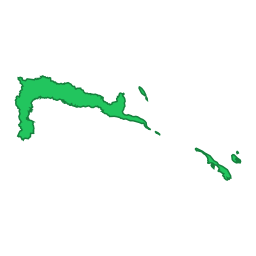 Halmahera Tengah, Maluku Utara, Indonesia (Mercator projection)
{"feature_id": "22746128B46636453933041", "entity_name": "Halmahera Tengah", "entity_type": "district", "adm_level": 2, "iso_a3": "IDN", "parent_name": "Indonesia", "parent_adm1": "Maluku Utara", "projection": "mercator", "projection_center": [128.383, 0.221], "detail": "fine", "context": "isolated", "style": "filled", "palette": "green", "viewbox_px": 256, "rotation_deg": 0, "n_neighbors": 0, "source": "geoboundaries", "source_scale": "gbopen_adm2", "svg_char_len": 5710}
<svg xmlns="http://www.w3.org/2000/svg" viewBox="0 0 256 256"><path d="M33.6,133.3L33.3,132.2L33.6,132.1L33.6,130.5L33.3,130.3L33.9,128.7L33.3,125.3L32.8,124.8L32.6,125.0L33.1,123.4L32.8,121.9L33.5,121.8L31.1,120.5L29.6,120.3L28.7,119.3L28.5,118.4L28.1,118.4L28.1,119.2L28.5,119.4L28.1,119.9L27.8,119.1L26.6,119.1L26.6,118.5L27.2,119.0L27.7,118.9L27.6,118.6L28.0,118.7L27.4,118.3L27.7,117.9L27.3,117.5L28.0,117.0L27.8,116.5L28.9,114.3L28.6,112.2L29.1,112.8L29.1,111.7L30.2,111.7L29.8,111.5L29.4,111.0L29.4,110.8L29.7,110.5L29.6,111.0L30.0,111.3L30.3,111.2L29.9,110.9L29.9,110.7L30.4,111.0L30.1,110.4L30.6,110.9L31.4,110.6L31.3,111.2L31.8,110.9L31.3,110.2L31.7,110.1L31.6,109.7L30.7,109.4L30.8,109.0L31.3,109.0L30.6,108.8L30.5,108.5L31.2,108.7L30.7,108.2L31.5,108.4L31.8,107.3L32.2,107.3L32.1,106.6L32.5,106.6L31.8,105.4L32.0,104.8L31.1,103.4L31.4,102.4L33.0,100.1L34.2,99.6L34.5,98.9L35.2,99.1L35.7,98.5L37.7,98.6L39.2,96.9L39.6,97.1L40.2,96.7L40.3,98.2L41.3,97.2L41.9,97.7L43.8,97.7L44.6,98.1L45.6,97.6L46.2,98.0L47.7,97.3L50.6,98.4L52.4,97.4L53.6,99.4L55.0,99.3L56.2,100.1L57.4,100.2L59.7,99.1L61.6,99.9L61.8,100.5L62.3,99.9L63.0,99.9L63.7,100.2L63.5,100.9L63.9,101.1L63.5,101.2L63.9,101.8L64.9,101.9L64.4,102.3L64.7,102.7L64.2,102.8L64.3,103.2L66.7,102.9L67.6,104.0L68.9,104.1L69.5,105.1L70.6,105.3L71.1,105.0L71.1,104.0L71.6,103.7L71.9,105.2L72.7,105.7L74.4,106.2L74.9,105.6L74.9,106.3L76.1,106.7L76.5,106.5L76.3,106.9L76.9,107.1L78.5,106.6L80.6,107.1L83.4,106.1L85.4,106.8L88.2,105.9L89.3,106.0L91.3,107.4L93.3,107.5L95.6,106.3L97.3,106.6L97.6,106.2L97.9,106.4L97.6,106.6L98.8,107.6L100.0,107.3L100.8,107.8L101.0,109.2L101.8,109.5L102.2,110.4L102.7,110.4L102.4,110.7L102.7,110.9L102.4,111.1L102.7,111.1L102.7,112.1L103.4,112.2L104.5,113.4L106.7,113.8L107.9,115.1L108.9,115.4L109.6,116.5L114.3,116.3L116.8,116.7L119.9,117.5L120.7,118.3L122.1,118.4L123.5,119.2L126.0,118.9L130.1,120.7L133.0,120.7L139.2,122.4L141.8,123.5L143.5,123.2L144.5,124.4L144.3,125.0L144.7,125.9L146.2,127.7L147.6,128.2L148.7,129.2L150.7,129.6L147.4,127.2L146.5,125.7L146.1,122.7L144.7,121.0L142.7,119.5L140.6,118.7L137.7,116.9L135.9,116.4L133.9,116.7L132.1,116.4L131.4,115.8L128.1,114.7L127.2,115.3L124.7,114.8L123.0,113.4L122.4,111.3L123.6,109.5L124.0,107.5L124.9,106.2L124.3,102.9L125.1,101.4L124.7,98.8L124.0,97.3L122.7,95.9L122.7,95.2L123.7,94.6L124.0,94.0L123.6,93.4L122.6,94.0L120.6,93.1L119.8,93.3L119.2,94.3L119.1,95.6L118.5,96.4L117.6,96.5L117.9,97.3L116.7,98.5L116.8,99.9L117.3,100.8L117.0,101.5L112.3,102.6L111.8,104.1L110.0,104.8L109.6,104.0L107.9,104.1L107.3,102.9L106.5,102.9L105.4,101.9L103.7,101.6L103.6,100.7L102.9,100.1L103.1,97.5L102.2,97.0L101.3,98.0L101.3,96.6L100.6,95.9L98.7,95.3L97.8,95.8L97.3,94.9L95.2,94.2L93.9,94.5L91.5,94.1L91.0,94.5L90.6,93.7L88.6,93.9L87.1,93.2L85.7,93.5L83.7,92.0L83.2,90.3L82.1,90.0L80.9,89.1L80.7,88.2L77.0,88.3L76.2,89.0L75.5,88.9L74.5,86.4L72.9,86.4L71.8,85.5L71.2,84.4L68.1,82.7L65.1,83.5L64.7,83.2L64.3,84.0L63.5,83.7L63.0,84.1L62.2,84.0L61.1,83.4L59.1,84.1L57.3,83.5L56.9,83.9L55.5,82.2L54.9,82.0L54.3,82.5L53.0,81.1L50.8,80.9L50.5,78.0L49.7,77.7L48.3,78.3L47.6,77.5L47.1,77.8L45.9,77.6L45.1,76.8L44.1,76.9L43.1,76.1L42.4,76.0L42.4,76.5L41.6,76.8L40.9,76.7L41.3,77.4L40.3,78.3L39.5,78.2L38.7,78.9L38.3,78.5L37.7,78.9L37.3,78.6L37.2,79.2L36.8,79.4L35.3,78.6L34.4,79.8L27.1,78.9L25.5,80.7L22.6,80.1L22.1,79.2L22.3,78.2L21.1,77.6L20.1,77.3L19.4,77.9L18.2,77.7L18.3,79.3L20.3,81.1L20.3,83.1L21.6,83.8L22.9,86.1L21.8,86.7L21.6,87.5L22.2,89.7L21.0,90.3L19.9,91.6L20.6,92.6L19.5,93.8L19.8,95.9L19.1,97.0L18.3,96.3L17.3,96.1L16.7,96.5L16.2,97.6L16.7,98.6L15.4,100.2L16.0,101.4L15.8,103.1L16.1,105.1L17.9,107.0L17.9,108.1L18.9,108.4L19.9,109.8L19.3,110.5L19.2,111.2L20.0,113.8L18.9,116.5L19.5,119.0L21.4,121.9L20.5,122.2L20.0,123.8L18.8,124.7L19.3,126.1L20.8,126.9L20.6,128.0L21.9,129.4L21.7,130.4L20.2,131.0L19.7,131.7L17.7,136.1L18.9,136.8L19.2,136.4L20.1,136.5L20.9,137.1L22.0,139.4L22.3,139.3L23.2,140.0L23.3,139.0L23.8,139.1L25.0,138.2L28.3,138.7L29.5,137.2L30.4,136.8L30.6,133.4L33.6,133.3ZM202.5,151.3L196.4,148.3L195.6,148.6L195.5,149.3L196.6,150.8L197.6,150.7L201.6,151.7L203.7,153.7L205.5,154.8L207.8,158.0L207.7,158.7L208.1,159.4L207.8,160.6L208.5,161.6L207.8,162.3L207.9,163.1L209.0,163.3L210.2,162.8L211.7,162.9L213.1,163.4L214.5,164.8L217.1,165.3L217.3,166.1L218.7,167.5L219.4,169.2L218.8,169.6L218.2,171.0L219.0,171.5L219.5,171.1L220.1,171.3L220.4,171.9L221.5,172.3L222.2,173.2L223.8,173.7L222.8,175.4L223.4,176.4L224.2,176.6L224.4,178.2L226.3,179.8L227.4,180.0L227.9,179.4L227.5,178.1L229.5,179.7L229.0,178.5L229.2,178.0L230.8,178.1L230.6,175.8L227.4,169.8L222.5,166.4L218.6,164.7L217.1,162.4L214.0,160.8L210.1,155.9L204.6,152.9L202.5,151.3ZM237.4,158.1L234.2,154.9L233.0,154.6L231.8,155.6L232.3,159.7L233.7,161.3L235.6,162.5L236.8,162.9L237.4,162.7L236.1,162.2L236.9,162.2L236.6,161.3L238.0,161.0L235.6,159.2L236.1,158.6L236.9,158.9L236.8,158.1L237.6,159.3L237.1,159.1L237.0,159.6L237.4,159.5L237.5,160.1L239.3,161.4L239.4,162.2L238.6,162.4L238.8,162.7L240.2,162.8L240.6,161.4L240.2,160.1L237.4,158.1ZM139.6,86.9L139.2,87.1L139.1,88.3L141.2,92.5L142.0,93.6L145.2,95.9L145.7,95.9L145.8,95.1L144.0,91.4L141.7,88.4L139.6,86.9ZM213.1,164.9L212.4,163.7L211.5,164.5L211.2,165.3L211.8,166.6L213.8,168.5L214.2,166.3L213.3,164.8L213.6,165.5L213.1,166.5L212.6,166.5L212.5,165.9L212.9,165.9L213.1,164.9ZM155.1,131.4L156.4,133.2L157.8,133.3L157.1,133.6L158.0,133.6L159.6,134.7L159.7,134.3L158.0,132.8L155.1,131.4ZM146.4,97.2L145.8,97.9L146.3,99.3L147.3,100.2L147.1,98.4L146.4,97.2ZM237.2,153.6L238.4,153.0L238.1,152.2L237.2,151.5L236.7,152.2L237.2,153.6ZM63.5,101.9L63.3,101.3L62.7,101.1L62.9,101.8L63.1,101.6L63.5,101.9Z" fill="#22c55e" stroke="#15803d" stroke-width="1.5"/></svg>